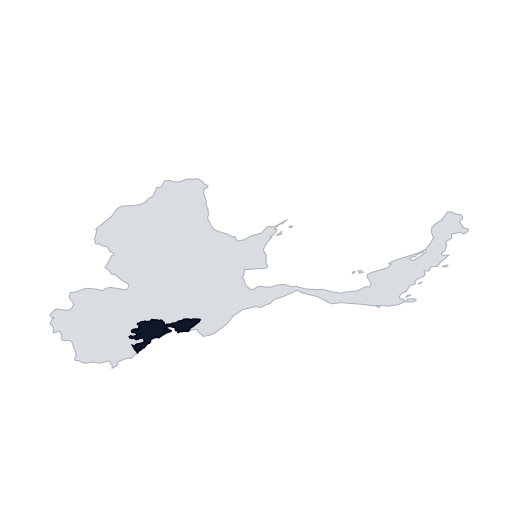 Tak highlighted on a map of Thailand, rotated 261°
{"feature_id": "THA-404", "entity_name": "Tak", "entity_type": "Province", "adm_level": 1, "iso_a3": "THA", "parent_name": "Thailand", "parent_adm1": "", "projection": "equal_earth", "projection_center": [98.786, 16.488], "detail": "fine", "context": "in_parent", "style": "filled", "palette": "ink", "viewbox_px": 512, "rotation_deg": 261, "n_neighbors": 0, "source": "natural_earth", "source_scale": "10m", "svg_char_len": 9213}
<svg xmlns="http://www.w3.org/2000/svg" viewBox="0 0 512 512"><g transform="rotate(261 256 256)"><path d="M225.9,45.0L226.2,47.0L227.9,44.3L230.0,43.0L234.3,48.9L234.8,51.5L231.7,60.9L232.2,64.1L234.2,66.7L236.6,68.2L239.1,67.8L243.8,65.1L249.0,66.8L248.8,73.1L250.7,83.1L248.2,93.4L245.7,98.4L247.6,102.9L247.8,107.0L242.8,123.0L243.9,124.2L247.0,126.0L248.4,125.4L253.6,119.1L259.4,114.2L261.2,110.1L264.9,108.7L268.2,105.0L275.8,111.5L277.8,112.1L278.8,113.2L279.2,115.8L280.2,116.3L283.3,112.6L288.4,110.3L290.5,104.7L292.9,103.1L292.6,100.4L293.4,99.4L297.6,99.1L304.1,102.0L306.4,102.6L307.5,101.9L317.9,119.7L324.6,126.5L326.3,131.1L324.9,143.1L325.1,149.9L326.6,155.1L329.5,158.7L331.6,163.9L339.3,168.9L338.7,170.2L339.2,173.4L344.1,177.1L344.5,178.4L344.0,183.2L341.8,186.9L341.4,189.9L341.4,193.6L342.7,199.3L341.3,210.9L338.5,214.2L334.8,216.5L332.8,219.6L331.2,218.9L330.5,215.6L326.4,213.9L318.5,215.5L314.5,214.8L309.2,215.9L304.1,215.4L301.0,214.1L292.4,216.6L288.8,218.9L286.2,222.3L282.4,230.8L278.5,236.1L278.5,238.2L273.6,239.5L273.9,246.8L276.8,254.8L277.7,264.8L283.2,271.8L282.2,276.8L282.9,281.6L287.2,292.8L284.1,287.5L283.4,283.9L279.8,278.3L278.6,281.1L274.3,276.9L272.5,272.8L271.9,274.6L267.6,268.8L263.3,265.6L260.9,264.2L254.9,266.3L247.3,264.7L244.3,266.2L243.1,265.2L242.4,263.5L244.4,242.7L237.8,240.1L236.7,238.7L235.3,240.3L228.8,241.2L224.1,245.0L223.5,248.1L225.7,253.9L223.0,264.2L223.9,273.9L223.5,279.3L220.3,286.1L219.4,291.5L215.7,299.8L213.3,310.4L212.7,316.5L208.4,325.9L207.3,331.1L205.8,333.1L206.4,337.3L205.7,350.2L208.5,359.5L207.7,363.9L210.7,365.4L217.9,362.5L220.3,363.2L221.8,368.3L223.7,383.6L226.7,388.3L227.5,386.0L228.9,388.4L230.0,393.0L233.8,417.2L235.8,423.5L233.5,421.9L232.2,414.3L230.1,414.0L230.8,409.2L229.5,407.4L227.4,408.8L227.4,412.6L233.2,424.6L236.7,425.0L241.2,430.3L246.1,434.2L252.3,432.8L256.5,434.1L259.1,437.3L263.1,445.5L269.7,452.3L268.7,456.6L266.1,460.0L264.8,464.5L263.0,465.9L260.5,465.9L257.9,462.1L251.4,465.6L249.9,469.1L248.2,470.1L245.4,466.1L245.6,463.9L247.4,460.7L246.9,452.3L243.0,452.2L240.4,445.9L239.5,445.3L237.7,446.3L231.5,443.3L229.7,439.4L227.8,439.7L226.6,446.5L221.1,437.5L217.4,433.7L217.9,427.0L215.3,425.6L214.2,423.7L215.2,419.7L211.7,420.3L210.0,419.2L207.9,412.0L206.2,409.1L203.9,409.1L203.1,407.7L203.3,404.1L197.6,399.1L195.8,393.4L193.1,390.8L191.4,391.6L189.6,395.6L188.3,395.4L187.1,394.2L185.7,388.5L185.8,378.4L187.6,372.5L188.6,363.2L191.2,355.2L196.7,332.2L196.9,323.2L206.3,310.2L212.5,295.5L214.6,293.3L215.5,290.6L212.2,278.7L210.7,270.5L210.9,268.3L206.9,262.7L205.9,256.3L204.8,254.3L204.5,252.2L206.0,248.4L205.1,234.4L200.7,224.8L192.9,215.8L186.0,202.7L185.0,198.0L184.8,191.4L190.4,187.0L192.7,186.7L193.4,167.0L198.2,163.3L199.3,161.7L199.8,158.4L198.6,156.5L195.5,159.7L194.9,159.0L191.0,147.4L190.1,140.4L174.5,116.9L175.3,112.9L173.0,102.8L170.7,102.6L169.1,100.8L167.5,96.3L170.5,96.8L175.4,94.2L174.6,84.4L176.7,78.8L177.0,69.4L180.7,63.8L181.2,61.1L183.3,60.8L186.0,62.8L188.8,62.8L200.3,60.5L201.8,57.9L202.5,52.8L203.7,51.2L206.3,50.7L209.3,51.7L212.4,49.7L211.8,43.7L217.3,44.7L220.9,41.9L225.9,45.0ZM189.9,398.4L189.1,405.9L186.9,407.4L186.2,403.0L187.5,396.0L188.1,397.6L189.9,398.4ZM225.4,354.5L225.0,358.2L223.1,359.3L222.6,355.3L225.4,354.5ZM273.8,280.1L276.2,285.2L273.5,284.8L272.9,279.8L273.8,280.1ZM216.6,444.1L215.4,441.9L216.4,438.5L217.5,442.7L216.6,444.1ZM193.6,399.2L193.1,403.3L192.0,397.7L193.6,399.2ZM225.5,351.3L224.4,350.9L223.5,348.5L224.8,348.5L225.5,351.3ZM203.2,411.5L204.5,416.3L203.0,414.1L203.2,411.5ZM280.1,293.6L279.8,296.7L278.5,295.4L279.3,293.2L280.1,293.6ZM187.3,369.3L186.0,370.4L187.0,367.6L187.3,369.3Z" fill="#d9dde1" stroke="#a8b0b8" stroke-width="1"/><path d="M192.0,144.0L191.8,143.2L191.7,142.8L191.5,142.6L191.1,142.4L191.0,142.0L191.0,141.5L190.9,141.2L190.7,140.8L190.3,139.8L190.1,139.4L189.7,138.9L189.3,138.6L188.9,138.4L187.8,138.4L187.5,138.2L187.2,137.9L186.9,137.2L187.0,137.1L187.1,136.9L187.1,136.7L186.5,136.7L186.5,136.4L186.6,136.1L186.7,135.8L186.3,135.4L185.5,134.0L185.1,133.6L184.8,133.3L182.9,131.1L182.8,130.8L182.7,130.4L182.8,129.8L182.8,129.5L182.7,129.0L182.4,128.8L182.1,128.7L181.8,128.5L181.5,128.1L181.4,127.7L181.2,126.9L180.7,125.9L180.6,125.5L180.4,125.2L180.2,125.1L179.7,124.8L179.4,124.5L178.8,123.8L179.2,123.4L180.1,123.4L180.4,123.3L180.4,123.2L180.7,122.9L183.0,121.4L183.3,121.3L183.5,121.2L184.3,121.2L184.9,121.3L185.0,121.2L185.4,120.7L185.6,120.4L186.0,120.2L187.3,119.8L187.1,120.3L186.5,120.8L186.4,121.1L186.3,121.6L186.3,122.7L186.3,123.1L186.4,123.3L186.6,123.3L186.9,123.2L187.2,123.3L187.3,123.4L187.7,124.7L187.7,125.2L187.7,125.9L187.5,126.8L187.5,127.0L187.8,127.3L187.9,127.5L187.9,127.9L187.6,128.1L187.5,128.3L187.5,128.5L187.8,128.8L187.8,129.0L188.0,129.9L188.0,130.4L187.9,130.8L187.9,131.0L188.0,131.2L188.2,131.4L188.6,131.6L188.9,131.9L189.2,132.1L189.5,132.5L189.9,132.6L190.1,132.5L190.8,132.0L191.3,132.0L191.6,132.0L192.1,131.8L192.8,131.5L192.9,131.3L193.0,130.7L193.0,130.3L193.0,129.9L192.9,129.7L192.7,129.6L192.5,129.3L192.6,129.1L192.7,128.8L192.8,128.4L192.9,128.0L192.9,127.6L192.8,127.3L192.7,127.2L192.3,126.7L192.2,126.5L192.2,126.3L192.1,125.8L192.2,125.0L192.4,124.2L192.6,124.0L192.6,123.8L192.8,123.7L193.1,123.5L193.7,123.4L193.8,123.4L194.1,122.7L194.2,122.4L194.1,122.2L193.9,121.7L193.9,121.2L193.8,120.9L193.8,120.7L194.3,120.1L194.6,119.8L194.6,119.7L194.6,119.2L194.7,118.8L194.8,118.7L195.0,118.6L195.5,118.4L196.0,118.1L196.6,119.4L196.7,119.7L196.7,120.1L196.5,120.4L196.1,120.5L195.8,120.7L195.7,121.0L195.7,121.4L195.9,121.7L195.7,122.3L195.8,122.7L195.9,123.1L196.0,123.6L196.0,125.4L196.2,125.8L196.7,125.9L197.3,125.9L198.2,125.4L198.3,125.4L198.5,125.3L199.3,124.4L199.4,124.2L199.5,123.6L199.7,123.1L199.8,123.0L199.8,122.5L199.8,122.1L200.1,121.6L200.3,121.4L200.6,121.3L201.4,121.3L201.7,121.5L202.4,122.2L202.4,122.7L202.4,122.9L202.5,123.2L202.7,123.6L202.7,124.0L202.8,125.1L202.8,125.4L202.7,125.7L202.5,126.7L202.4,127.6L202.4,127.9L202.5,128.0L202.8,128.2L203.0,128.7L203.6,129.1L204.0,129.2L204.2,129.3L204.3,129.5L204.5,129.5L204.9,129.5L205.1,129.7L205.7,130.1L205.8,130.1L206.0,129.8L206.4,129.3L206.5,128.9L206.6,128.7L206.8,128.4L207.1,128.2L207.6,128.3L207.9,128.5L208.0,128.8L207.9,129.0L207.9,129.5L207.9,129.8L208.0,130.0L208.1,130.4L208.9,132.3L208.8,135.4L208.9,135.8L209.0,136.1L209.0,136.3L208.9,136.6L208.5,137.1L208.1,138.0L208.1,138.6L208.2,139.4L208.1,140.1L207.9,140.8L207.9,141.1L208.1,141.8L208.6,141.9L208.7,142.0L209.0,142.3L209.3,142.8L209.5,143.0L209.3,143.6L209.2,144.1L209.2,144.8L209.1,145.1L208.9,145.5L208.6,145.8L208.5,146.1L208.5,146.5L208.6,147.1L208.6,147.3L208.5,147.7L208.2,148.3L207.9,149.1L207.7,149.4L207.6,149.5L207.4,150.1L207.4,150.6L207.4,151.0L207.6,151.5L207.6,151.9L207.5,152.3L207.3,152.8L207.0,153.1L206.8,153.2L206.1,153.3L205.9,153.5L205.7,153.8L205.6,154.0L205.3,154.2L205.1,154.4L204.6,154.8L204.3,154.9L203.9,155.0L203.5,154.8L203.3,154.7L202.7,154.8L202.2,154.7L202.0,154.9L201.9,155.2L201.9,155.7L202.1,156.4L202.1,156.5L202.4,156.8L202.4,157.1L202.4,157.8L202.3,158.7L202.3,159.2L202.1,160.4L202.1,160.8L202.2,161.8L202.2,162.2L202.4,162.5L202.6,162.7L202.7,162.9L202.7,163.6L202.6,164.0L202.4,164.5L202.4,164.9L202.7,167.6L202.8,167.8L202.9,168.1L203.1,168.2L203.4,168.2L203.5,168.4L203.6,168.6L203.6,169.0L203.5,169.8L203.5,170.0L203.8,170.3L203.9,170.6L203.9,170.8L203.8,171.3L203.8,172.3L203.9,173.2L204.0,173.4L204.0,173.5L204.3,173.8L204.6,174.0L204.8,174.5L204.7,175.8L204.8,176.5L204.6,177.1L204.5,177.7L204.4,178.0L204.4,179.1L204.4,179.3L204.2,179.6L204.0,180.0L203.8,180.7L203.7,180.8L203.3,181.1L203.1,181.3L203.1,181.5L203.1,182.5L203.5,183.0L203.6,183.4L203.4,183.9L203.3,184.2L203.3,185.4L203.4,185.8L203.4,186.0L203.1,186.6L203.0,186.8L203.0,187.1L202.7,188.4L202.6,189.0L202.5,189.6L202.3,190.2L202.1,190.6L201.7,191.0L200.8,190.0L200.5,189.8L200.0,189.5L199.9,189.4L199.7,188.8L199.5,188.3L198.6,186.9L198.0,185.5L197.7,185.2L197.4,184.9L197.2,184.2L197.1,183.9L196.3,183.1L196.2,182.9L196.4,182.7L194.9,179.5L194.8,179.3L194.5,179.3L194.2,179.0L193.9,178.9L193.7,178.9L193.3,178.3L192.4,177.9L192.3,176.8L192.4,176.1L193.0,173.2L193.1,172.7L192.9,171.5L192.9,170.8L193.2,169.7L193.2,169.2L193.1,168.6L192.5,167.5L192.4,167.1L192.6,166.9L192.9,166.9L193.4,167.2L193.8,167.1L194.0,167.0L194.2,166.8L194.5,166.2L194.7,165.6L194.8,165.2L195.3,164.9L195.7,164.8L197.0,165.1L197.3,165.4L197.5,165.5L197.8,165.5L198.0,165.3L198.5,164.6L198.6,164.3L198.6,163.7L198.6,163.1L198.8,162.5L199.1,162.0L199.7,161.1L199.8,160.6L199.9,159.3L200.1,158.0L200.1,157.5L199.7,156.8L199.2,156.4L198.8,155.9L198.7,154.9L198.3,155.4L198.1,155.8L197.9,157.0L197.6,157.7L196.3,159.1L195.7,160.3L195.3,160.6L194.9,160.2L194.8,159.8L194.5,157.7L194.2,156.9L194.2,156.6L194.4,156.0L194.4,155.7L194.3,155.2L193.0,152.9L192.8,152.6L192.8,152.3L192.9,152.0L192.9,151.7L192.8,151.2L192.5,150.7L191.7,150.0L191.4,149.4L191.3,148.7L191.2,148.3L190.5,147.7L190.5,147.2L190.6,146.6L190.9,146.2L191.2,146.0L191.6,145.8L191.8,145.4L191.9,145.1L191.7,144.9L191.3,144.6L191.2,144.2L191.3,143.8L191.5,143.7L191.7,143.8L192.0,144.0Z" fill="#0f172a" stroke="#020617" stroke-width="1.5"/></g></svg>